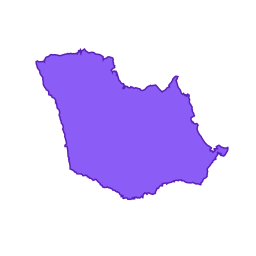 the district of Predeal-Sarari, Prahova, Romania, rotated 100°
{"feature_id": "2599482B64670860435463", "entity_name": "Predeal-Sarari", "entity_type": "district", "adm_level": 2, "iso_a3": "ROU", "parent_name": "Romania", "parent_adm1": "Prahova", "projection": "equal_earth", "projection_center": [26.111, 45.192], "detail": "fine", "context": "isolated", "style": "filled", "palette": "violet", "viewbox_px": 256, "rotation_deg": 100, "n_neighbors": 0, "source": "geoboundaries", "source_scale": "gbopen_adm2", "svg_char_len": 5758}
<svg xmlns="http://www.w3.org/2000/svg" viewBox="0 0 256 256"><g transform="rotate(100 128 128)"><path d="M115.9,203.7L116.3,202.6L117.1,202.6L118.4,201.8L120.5,201.3L121.0,200.8L121.6,199.7L122.7,198.6L125.1,197.9L127.0,198.1L128.1,197.7L129.2,196.8L130.5,196.5L133.1,195.0L134.7,194.5L135.7,193.4L137.1,192.3L138.6,191.9L140.7,192.1L141.0,191.6L142.9,190.7L144.9,189.3L146.1,188.8L147.3,188.9L149.0,187.9L153.3,186.0L154.5,185.9L156.0,187.1L157.2,186.8L156.7,184.9L157.0,184.7L160.0,183.6L166.7,181.9L166.6,181.6L167.1,181.2L168.6,180.5L168.8,180.8L168.5,181.0L169.2,181.0L169.5,180.6L171.3,180.3L171.5,179.9L175.5,178.4L178.4,177.9L178.5,176.9L179.1,175.4L179.2,174.4L180.7,172.7L180.5,171.8L180.7,171.3L181.9,170.5L182.0,170.1L181.4,166.6L181.9,164.9L182.8,164.0L181.9,161.2L181.9,160.4L183.1,159.6L182.9,158.3L183.7,157.8L184.1,157.2L184.0,155.8L184.8,154.2L185.6,153.3L184.8,151.7L184.1,151.2L184.1,150.6L186.4,147.8L187.2,146.1L188.6,145.4L189.2,143.4L189.9,143.2L190.6,142.4L190.7,140.8L190.4,139.7L190.1,138.6L189.5,138.1L190.2,136.9L190.3,135.8L190.1,135.2L190.5,134.5L190.6,133.4L191.8,132.1L191.8,129.8L192.4,129.3L192.5,128.5L192.9,128.0L192.6,127.3L193.2,126.5L193.2,125.6L194.6,124.6L195.1,123.9L195.2,123.1L196.8,122.8L196.7,122.5L195.7,121.9L195.5,121.3L197.9,120.8L198.2,120.4L197.0,117.4L197.2,116.7L198.2,115.8L198.2,115.3L197.8,114.4L197.9,113.1L197.5,112.5L195.9,111.4L196.2,111.0L197.0,110.7L196.5,109.1L195.8,109.1L195.3,109.7L195.0,109.5L194.9,108.5L194.6,107.5L195.2,107.1L195.3,106.7L194.8,105.8L195.0,104.8L194.8,104.1L193.0,102.9L194.0,101.6L194.0,101.3L190.7,101.5L189.9,100.5L188.9,100.3L189.1,99.6L188.9,99.0L189.7,98.4L190.0,97.9L189.6,97.4L188.7,97.2L188.1,96.2L188.7,94.9L188.9,93.8L188.8,93.0L189.1,92.6L189.0,91.9L188.0,91.0L187.9,90.1L187.6,89.8L185.8,89.8L184.1,89.2L182.3,89.0L182.4,87.9L182.0,87.5L180.2,86.9L179.1,86.1L178.9,85.5L179.2,84.4L178.9,84.0L177.5,84.7L176.8,84.5L176.8,83.5L176.1,82.9L175.7,81.6L175.7,81.2L176.5,80.1L175.4,79.7L175.2,78.8L173.6,75.5L172.3,73.9L172.9,73.5L172.9,73.1L171.7,72.7L171.1,71.7L171.1,69.2L170.2,68.9L170.3,67.6L169.8,66.6L170.7,65.8L170.6,65.4L170.2,64.8L170.4,63.7L171.3,62.0L171.5,60.9L171.4,58.5L171.0,55.9L170.8,55.5L170.3,54.9L171.3,51.1L170.7,49.3L171.1,48.1L171.3,46.7L170.6,46.3L169.2,46.7L168.5,45.8L167.4,45.3L165.4,44.9L164.9,44.6L163.4,42.7L161.8,41.7L161.0,42.0L156.8,42.1L154.6,43.0L150.0,40.4L147.9,39.6L147.2,38.7L145.3,38.6L144.8,37.9L144.5,37.8L144.3,37.3L143.3,36.0L143.0,36.2L143.3,36.7L142.7,37.0L142.3,36.6L141.6,36.5L138.7,35.2L138.2,35.1L136.7,35.6L136.3,35.2L136.8,34.6L136.8,34.0L137.6,33.8L137.7,33.6L136.9,32.1L137.2,31.8L137.7,32.4L138.1,32.4L138.3,31.9L138.6,32.1L138.9,31.8L138.8,30.8L139.0,28.8L138.2,28.5L138.1,28.0L133.0,26.0L130.5,26.1L129.8,26.4L130.8,27.7L131.0,30.0L130.4,33.4L129.4,34.8L129.3,35.7L131.0,37.8L132.3,37.1L132.6,36.3L132.8,36.2L133.5,39.5L135.0,39.1L134.8,38.5L135.3,38.3L136.5,39.7L137.0,39.8L136.9,40.5L135.9,41.2L135.9,42.2L136.3,42.7L136.2,43.1L134.8,43.6L133.8,42.4L133.1,42.4L131.8,44.9L131.6,45.8L131.1,47.0L128.8,50.1L125.1,53.5L123.5,54.7L123.0,55.5L120.3,58.0L117.2,59.8L114.5,59.9L113.0,59.5L112.6,59.8L111.7,61.0L111.7,61.4L112.4,62.2L112.0,64.4L111.0,64.6L111.1,65.9L110.6,65.8L109.3,67.2L107.4,67.8L106.4,67.1L104.6,64.7L104.4,64.7L103.6,65.4L102.0,66.0L101.4,66.8L100.0,67.7L99.0,67.7L98.4,68.3L96.2,68.5L94.6,70.0L93.9,70.3L93.7,70.9L92.0,72.1L89.1,72.3L87.2,73.7L86.0,73.3L85.1,73.5L84.9,74.0L84.5,74.3L84.4,75.3L85.0,75.7L85.6,75.7L85.6,76.4L85.9,76.7L85.9,75.9L86.1,75.4L86.4,75.5L86.2,75.8L86.2,76.9L85.3,77.1L85.4,78.4L84.3,79.2L85.3,80.0L84.9,80.9L84.1,81.7L81.6,83.1L78.9,85.9L73.4,88.5L72.9,89.0L70.9,88.1L69.6,88.1L68.7,87.8L68.7,89.8L69.8,91.0L72.2,92.4L73.5,92.5L75.3,93.2L78.5,95.1L79.4,95.1L79.7,94.4L80.1,94.2L81.1,95.3L81.4,96.3L83.7,97.6L84.6,98.4L85.7,100.0L86.6,100.7L83.9,104.5L82.3,106.3L80.9,108.3L81.7,110.2L81.9,111.4L82.4,112.1L82.1,113.3L82.7,113.9L83.1,114.8L84.6,116.5L86.7,117.7L87.6,118.7L88.2,119.5L88.6,120.6L88.6,121.9L87.5,123.0L87.3,123.4L87.4,123.9L87.0,127.4L87.2,127.5L87.4,128.2L87.7,128.6L87.8,129.5L87.1,130.4L86.9,132.4L87.8,132.3L88.2,133.8L88.0,135.1L87.3,135.8L87.6,136.9L87.1,137.6L87.1,138.3L89.3,138.5L90.0,139.2L89.8,139.9L89.3,139.9L87.7,139.2L85.7,139.6L85.5,140.3L85.2,140.4L85.4,141.4L84.7,142.8L82.7,144.6L82.6,145.2L79.3,146.7L79.1,147.2L78.2,147.2L77.8,147.6L77.8,148.5L76.8,147.9L76.5,148.5L75.7,148.5L74.5,149.5L75.0,149.8L74.6,150.6L74.2,150.8L74.4,151.7L75.0,152.7L75.9,152.9L75.2,153.2L74.1,154.6L73.6,154.5L71.4,152.6L71.0,151.7L70.6,151.6L69.4,152.1L69.0,152.0L69.0,152.4L68.2,153.2L66.1,153.7L65.1,154.4L64.1,154.6L63.4,154.3L61.8,155.2L61.6,155.7L61.2,158.8L61.5,160.2L62.9,161.3L64.3,163.9L65.1,164.2L62.0,165.0L60.6,168.6L60.8,172.9L59.8,174.4L59.6,175.7L60.0,177.8L60.4,178.6L60.7,178.8L60.8,179.7L59.5,182.9L57.8,184.6L60.2,186.9L60.0,187.1L60.2,187.6L59.5,188.2L60.5,188.1L62.1,187.2L62.9,187.3L61.0,188.4L60.6,188.9L60.3,188.7L59.9,189.0L60.4,190.0L61.0,190.1L61.6,189.8L62.2,190.1L62.4,190.6L63.9,191.0L63.4,191.9L63.8,192.4L64.5,195.6L64.7,196.4L64.4,197.0L64.4,197.4L65.4,199.2L65.0,200.0L66.1,202.0L66.4,203.1L68.2,206.5L68.8,208.5L68.5,209.0L68.5,212.3L68.7,213.7L69.1,214.7L69.0,216.4L69.4,217.1L71.1,218.4L72.6,221.0L74.0,221.6L75.4,221.6L75.8,222.3L77.5,221.8L77.2,222.5L77.2,223.1L78.4,227.4L77.7,228.9L78.6,230.0L80.9,229.4L81.9,228.7L84.4,227.7L87.1,224.9L89.1,224.3L90.5,223.4L93.1,220.6L95.1,220.3L97.1,219.5L100.0,218.9L102.5,217.0L103.0,216.3L103.9,215.4L104.5,215.2L105.1,213.4L105.6,212.8L106.5,212.3L109.0,211.7L109.1,210.9L108.9,210.0L109.4,209.7L109.3,209.2L109.6,208.8L111.0,208.0L111.4,205.9L112.7,204.4L113.3,204.1L114.2,204.1L114.7,203.5L115.9,203.7Z" fill="#8b5cf6" stroke="#5b21b6" stroke-width="1.5"/></g></svg>